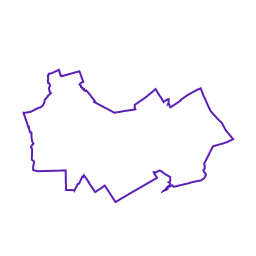 outline of Piatra-Olt, Olt, Romania, rotated 349°
{"feature_id": "2599482B68816906469751", "entity_name": "Piatra-Olt", "entity_type": "district", "adm_level": 2, "iso_a3": "ROU", "parent_name": "Romania", "parent_adm1": "Olt", "projection": "orthographic", "projection_center": [24.264, 44.37], "detail": "fine", "context": "isolated", "style": "outline", "palette": "violet", "viewbox_px": 256, "rotation_deg": 349, "n_neighbors": 0, "source": "geoboundaries", "source_scale": "gbopen_adm2", "svg_char_len": 5500}
<svg xmlns="http://www.w3.org/2000/svg" viewBox="0 0 256 256"><g transform="rotate(349 128 128)"><path d="M101.6,198.3L106.9,196.4L112.7,194.4L117.8,192.5L134.4,186.8L147.0,182.5L146.9,182.1L146.4,180.9L145.1,177.6L144.9,177.1L144.8,176.8L144.8,176.2L145.2,176.3L145.7,176.6L146.9,176.9L147.4,176.8L148.4,176.4L149.1,176.2L149.3,176.2L149.8,175.9L150.2,175.8L150.7,175.8L151.2,176.0L151.6,176.2L152.0,176.4L153.7,178.2L154.4,179.0L155.4,180.0L156.2,180.9L156.4,181.2L156.9,181.4L157.6,182.1L158.6,182.9L159.7,183.8L160.1,184.1L160.1,184.3L160.0,184.6L159.8,184.7L159.7,184.9L159.8,185.8L159.7,186.2L159.6,187.2L159.5,187.4L159.4,187.8L158.6,188.5L158.3,188.8L158.0,188.9L157.6,189.0L158.7,189.9L158.8,190.1L158.7,190.4L158.4,191.0L158.0,192.2L157.8,192.4L156.6,192.8L155.9,193.1L155.1,193.6L154.6,194.0L154.2,194.2L154.0,194.6L153.8,194.7L153.8,194.9L153.7,195.2L153.5,195.4L152.9,195.5L152.6,195.7L152.2,195.9L151.6,196.3L150.5,196.6L150.4,196.7L151.3,196.5L152.6,196.0L153.1,195.8L153.8,196.0L154.2,196.0L155.1,195.5L155.1,195.2L155.5,194.5L155.8,194.2L156.4,193.8L157.6,193.4L158.7,193.2L159.0,192.9L159.3,192.8L160.0,192.8L160.4,192.6L160.8,193.2L161.2,193.8L161.4,194.3L162.7,194.4L177.2,193.8L177.9,193.7L178.0,193.6L181.7,193.4L187.9,193.3L189.6,193.4L190.1,193.3L191.4,192.5L192.7,192.1L193.0,191.9L193.7,191.3L194.6,190.3L194.9,189.8L195.2,189.4L195.6,188.6L195.5,188.1L195.2,187.7L195.4,187.4L194.5,186.1L194.2,185.6L194.1,184.6L193.9,184.1L193.9,183.9L194.9,183.3L195.4,182.7L195.6,182.3L196.1,180.2L195.9,179.7L195.9,179.3L196.1,178.9L196.1,178.5L196.0,178.2L196.0,177.5L196.1,177.3L197.0,176.2L198.0,175.0L199.7,172.7L199.9,172.6L201.3,170.7L203.4,168.0L204.4,166.6L207.5,162.7L207.8,162.2L208.0,162.1L212.6,161.8L218.7,161.3L222.6,160.7L229.1,159.1L223.4,148.5L221.1,140.9L217.8,136.3L212.4,127.3L210.7,120.9L209.3,114.4L208.2,110.2L206.9,102.9L204.4,103.6L203.7,103.4L202.7,103.8L201.8,104.0L201.6,104.1L201.5,104.3L200.4,104.5L199.3,104.9L198.5,105.2L195.6,106.1L194.1,106.6L193.8,106.8L193.4,106.9L191.9,107.4L190.8,107.9L190.5,108.1L189.0,108.7L185.3,110.4L184.9,110.7L184.9,111.1L184.2,111.4L181.6,112.5L180.9,112.8L179.7,113.3L174.5,115.4L173.5,115.8L173.3,115.2L173.2,114.4L172.9,113.3L172.9,112.8L172.9,112.6L172.9,112.3L172.7,112.2L172.4,112.2L171.8,112.4L172.3,111.6L172.6,110.8L173.4,107.4L172.9,107.3L172.1,107.4L171.4,107.7L170.5,108.1L167.9,109.3L167.6,108.2L167.2,107.3L166.9,106.4L166.8,105.8L166.3,104.7L165.9,103.6L165.6,103.2L165.1,102.1L164.6,100.6L163.0,96.5L162.5,95.2L162.4,95.0L161.5,95.6L160.2,96.3L157.4,97.9L152.3,100.7L151.1,101.3L147.3,103.0L140.0,106.1L139.0,106.5L138.9,106.7L138.8,107.7L138.7,108.2L138.5,109.0L138.6,110.0L138.7,110.6L138.8,111.1L132.4,110.9L132.1,110.9L130.6,110.8L130.4,110.7L129.4,110.7L126.3,110.6L123.0,110.6L118.8,110.4L117.3,110.3L115.4,108.6L102.3,98.1L99.8,96.0L100.7,95.5L99.3,92.8L97.1,88.3L96.5,87.4L95.7,85.7L95.1,84.7L94.7,84.1L94.2,83.2L93.3,83.6L93.2,83.6L93.1,83.3L92.8,83.0L92.7,83.0L92.0,82.5L91.8,82.1L91.6,81.5L92.1,81.8L92.1,81.6L91.8,81.4L91.3,81.3L91.2,81.2L91.3,81.1L92.2,81.4L92.2,81.2L91.4,80.9L90.8,80.7L90.9,80.0L90.9,79.8L90.9,79.6L90.5,79.3L89.9,79.1L89.7,79.0L89.7,78.9L89.6,78.7L89.8,78.1L89.9,77.7L89.4,77.0L89.1,76.7L88.7,76.2L89.0,75.9L89.2,75.6L89.3,75.4L89.7,75.2L90.5,74.9L91.3,74.4L92.9,74.3L92.9,74.2L91.2,63.4L91.1,63.1L83.9,63.6L81.5,63.8L79.5,63.9L78.9,64.1L76.4,64.2L74.3,64.4L73.1,64.5L73.1,64.0L72.0,64.0L71.8,63.9L71.6,60.2L71.5,60.3L71.2,57.7L67.8,58.6L66.1,59.0L63.6,59.7L63.2,59.7L60.6,59.7L60.6,59.8L60.4,60.4L60.2,60.9L60.0,61.1L59.8,61.1L59.5,61.1L59.3,61.3L59.2,62.5L59.2,63.2L59.0,64.9L58.9,65.3L58.4,66.0L58.1,68.4L58.3,68.6L58.7,68.7L59.0,68.8L59.2,69.0L59.2,69.3L59.5,70.9L59.5,71.4L59.5,71.8L59.4,71.8L59.2,72.1L58.9,72.5L58.5,73.0L58.1,73.4L57.9,74.1L57.9,74.5L58.0,75.6L58.0,76.3L58.1,76.7L58.1,77.4L58.3,77.9L58.4,78.3L58.4,78.5L58.2,78.6L58.2,79.0L58.6,79.2L56.6,80.6L56.3,80.7L55.9,80.8L55.2,81.4L55.2,81.8L55.0,82.0L53.5,83.1L52.6,83.6L51.9,84.2L51.7,84.4L51.4,85.1L51.2,85.6L51.0,86.1L50.9,86.5L50.6,87.0L50.4,87.4L49.6,88.4L49.2,89.2L48.9,89.5L48.1,89.9L46.6,90.8L46.4,90.9L45.8,91.1L44.5,91.1L43.8,91.2L43.1,91.3L41.6,91.9L41.0,92.0L40.3,92.2L39.7,92.2L39.0,92.6L38.1,92.9L37.2,93.1L35.8,93.5L31.9,93.5L30.3,93.4L29.5,93.3L28.4,93.1L28.4,93.7L28.7,95.8L30.0,105.0L30.4,108.8L30.6,109.4L30.8,109.2L30.7,110.0L30.8,110.2L30.9,111.5L31.0,111.8L31.0,112.3L31.1,113.2L31.1,113.6L32.1,113.8L32.3,113.9L32.3,114.4L32.3,114.7L32.2,115.2L31.9,116.0L31.8,116.5L31.7,117.7L31.4,119.9L31.4,120.6L31.4,121.3L31.5,122.0L31.4,122.8L31.5,123.3L31.6,123.9L31.7,124.3L32.1,125.2L32.2,125.4L31.1,126.2L30.5,126.7L30.2,126.9L29.6,127.6L29.3,128.2L29.1,128.8L29.5,129.3L29.7,129.6L29.7,130.1L29.7,131.1L29.5,132.3L27.5,140.8L29.2,142.7L29.2,143.6L29.2,143.8L29.0,144.4L28.7,145.2L28.3,145.9L27.9,146.8L27.6,147.8L27.4,148.3L27.1,150.1L26.9,150.5L26.9,150.9L27.1,151.3L27.4,151.5L29.0,152.2L29.1,152.3L29.7,152.6L30.4,152.9L30.8,153.1L51.5,156.6L56.5,157.3L56.6,157.5L58.7,157.7L57.7,163.5L57.4,165.2L57.0,167.1L56.9,167.8L56.8,168.3L56.7,169.0L56.5,169.7L56.5,170.2L56.4,170.9L56.3,171.4L56.3,171.8L56.1,173.3L55.9,174.3L55.5,176.5L55.3,177.0L56.3,177.3L63.3,178.7L63.4,179.2L64.9,177.4L67.4,174.3L67.9,173.5L68.1,173.3L68.5,173.4L69.0,173.2L69.3,173.3L71.5,170.3L72.2,169.4L73.8,167.2L74.0,167.4L74.4,167.7L75.7,166.0L79.1,173.5L78.9,173.6L81.3,179.5L83.5,184.6L84.4,184.3L85.2,183.9L89.0,182.4L92.8,180.7L94.2,180.1L101.6,198.3Z" fill="none" stroke="#5b21b6" stroke-width="2"/></g></svg>